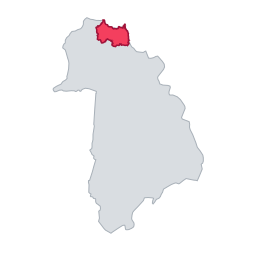 Kenedougou, Kénédougou, Burkina Faso shown in context, rotated 95°
{"feature_id": "67063806B9375485614542", "entity_name": "Kenedougou", "entity_type": "district", "adm_level": 2, "iso_a3": "BFA", "parent_name": "Burkina Faso", "parent_adm1": "Kénédougou", "projection": "albers", "projection_center": [-4.927, 11.414], "detail": "fine", "context": "in_parent", "style": "filled", "palette": "rose", "viewbox_px": 256, "rotation_deg": 95, "n_neighbors": 0, "source": "geoboundaries", "source_scale": "gbopen_adm2", "svg_char_len": 7177}
<svg xmlns="http://www.w3.org/2000/svg" viewBox="0 0 256 256"><g transform="rotate(95 128 128)"><path d="M194.8,161.5L187.9,161.9L185.4,162.7L183.8,162.7L183.8,162.1L183.6,161.7L174.8,159.7L168.6,158.6L162.4,157.3L162.1,158.6L161.2,159.5L159.9,159.6L158.9,159.4L158.3,160.4L157.3,161.7L155.9,162.4L154.5,163.3L153.7,164.0L153.1,164.0L151.7,162.3L149.8,162.2L146.2,162.5L144.6,162.1L142.5,161.9L137.3,162.3L129.1,161.7L127.8,162.1L127.5,162.4L119.4,162.6L110.4,162.8L103.0,162.9L96.4,163.0L96.4,162.7L94.3,162.7L94.1,163.3L92.3,170.1L92.1,173.9L93.1,176.2L94.2,177.6L95.5,178.2L95.6,179.1L94.6,180.1L94.7,181.2L95.9,182.4L96.2,183.5L95.6,184.8L95.8,187.8L96.7,192.5L96.7,195.6L95.9,197.0L96.3,199.5L98.0,202.8L98.3,204.3L97.7,205.0L96.4,205.9L95.0,205.8L93.4,203.8L92.7,202.9L91.4,200.8L90.3,198.7L88.8,197.8L87.4,196.9L85.6,194.3L83.9,193.0L82.1,193.4L79.5,192.9L74.2,192.3L68.6,192.5L66.2,193.1L63.9,194.1L58.0,196.3L55.7,197.3L53.9,200.0L51.9,199.9L49.9,199.1L48.7,197.9L46.0,198.1L43.4,197.0L40.9,194.6L39.0,193.9L36.7,192.2L36.0,189.0L34.5,186.8L33.2,183.7L31.1,182.3L28.8,181.5L25.5,181.7L23.4,180.4L21.7,178.6L22.2,177.0L23.0,174.8L23.0,172.6L23.6,169.1L23.3,164.7L22.7,161.7L24.5,160.4L26.5,159.3L27.8,157.2L29.1,152.5L29.7,148.5L29.3,147.0L28.6,145.8L28.1,144.1L27.8,142.0L28.1,140.1L29.7,138.4L31.7,137.0L33.0,136.3L36.7,135.6L41.3,134.5L44.0,133.3L45.9,132.1L47.0,131.2L48.1,129.2L49.8,127.7L51.2,126.1L51.4,121.9L51.4,119.4L50.4,118.1L49.8,117.0L56.6,113.6L56.6,111.3L55.7,108.6L54.3,106.5L53.8,104.7L55.7,102.6L57.4,100.9L58.6,99.6L61.2,97.5L64.0,96.9L66.5,97.7L74.0,102.6L75.2,102.9L76.8,102.5L78.7,101.2L81.3,100.2L82.2,96.9L82.1,92.0L82.6,89.8L84.0,89.4L88.2,90.3L89.3,90.3L90.6,90.0L91.5,89.2L91.4,87.6L91.2,86.2L92.6,81.7L95.1,78.3L100.2,74.1L101.7,73.2L103.6,72.8L112.8,75.6L114.3,74.8L116.4,67.6L118.9,66.9L121.9,66.8L123.8,66.1L124.8,65.6L129.1,62.9L136.8,59.1L140.9,57.4L141.7,56.8L144.6,54.1L148.5,51.1L151.0,50.4L154.4,50.1L156.6,50.6L157.2,51.5L157.9,51.9L162.4,50.5L168.9,52.5L174.5,54.4L174.2,55.7L174.2,57.9L173.8,61.5L173.3,65.7L175.6,68.5L178.4,71.4L179.2,72.5L178.5,75.5L179.1,77.2L180.6,80.0L183.1,83.6L185.8,87.3L187.6,87.7L189.2,88.0L190.3,88.7L191.8,89.3L193.3,89.7L194.6,90.5L195.4,91.2L196.6,93.5L199.5,95.0L201.5,96.4L200.7,97.2L198.2,97.0L195.8,96.4L195.5,97.5L195.5,101.7L196.0,105.2L196.5,105.7L198.9,106.3L204.7,110.7L209.9,114.9L211.7,116.0L214.5,116.4L217.7,116.5L219.1,116.1L222.1,113.8L223.7,113.5L225.3,113.6L226.1,113.9L227.6,115.6L229.1,118.3L229.5,120.3L229.4,121.3L228.9,121.7L226.4,122.3L225.3,122.7L225.1,123.3L225.5,124.7L226.0,125.5L228.9,129.3L233.0,134.4L234.3,135.8L233.6,137.3L231.7,141.5L230.2,143.2L223.6,149.2L220.3,148.6L213.4,149.9L212.3,148.6L210.7,148.4L208.7,148.7L208.0,149.2L207.8,149.8L207.1,150.6L205.8,152.9L204.9,153.5L203.6,153.9L202.1,153.9L201.3,154.2L201.3,155.4L201.0,156.4L200.0,156.9L199.6,158.0L199.7,159.1L199.1,159.6L197.8,159.3L197.0,159.1L196.3,160.5L195.4,161.5L194.8,161.5Z" fill="#d9dde1" stroke="#a8b0b8" stroke-width="1"/><path d="M43.5,134.4L43.5,134.6L43.3,135.2L43.1,135.5L42.7,135.4L42.2,135.2L41.6,135.2L41.1,135.1L40.5,135.2L40.4,135.2L40.2,135.0L40.2,134.9L40.0,135.1L39.7,135.0L39.4,135.2L39.1,135.4L38.9,135.4L38.6,135.3L38.4,135.3L38.0,135.4L37.1,135.4L37.0,135.5L36.7,135.6L36.4,135.6L36.2,135.8L35.7,135.8L35.3,135.9L34.9,135.9L34.5,135.9L34.2,136.0L33.9,136.0L33.8,135.9L33.7,136.0L33.4,136.2L32.9,136.4L32.5,136.5L32.1,136.8L31.9,136.8L31.7,136.8L31.6,137.2L31.5,137.3L31.3,137.2L31.1,137.3L31.0,137.6L30.9,137.9L30.8,138.0L30.7,138.0L30.2,138.3L30.1,138.5L29.9,138.7L29.5,139.0L29.3,139.0L29.2,139.2L29.0,139.4L29.1,139.5L28.8,139.7L28.7,139.9L28.4,139.8L28.3,139.7L28.3,139.4L28.2,139.4L27.7,139.6L27.6,139.8L27.2,139.8L27.1,139.7L26.9,139.9L26.4,140.2L26.2,140.2L25.9,139.9L25.7,139.9L25.6,139.7L25.4,139.8L25.2,139.9L24.9,140.0L24.9,140.3L25.1,140.4L25.2,140.5L25.3,140.5L25.4,140.4L25.5,140.4L25.6,140.5L25.8,140.6L25.9,140.8L26.1,140.8L26.3,141.0L26.3,140.9L26.4,140.7L26.5,140.8L26.8,140.9L27.2,141.1L27.4,141.1L27.5,141.3L27.8,141.3L28.0,141.6L27.9,141.7L28.2,142.0L28.3,142.0L28.5,141.9L28.8,141.9L28.7,142.1L28.8,142.4L28.8,142.5L28.6,142.8L28.6,143.0L28.5,143.4L28.6,143.9L28.6,144.0L28.5,144.4L28.1,145.0L27.8,145.7L27.8,145.9L28.0,146.1L28.2,146.3L28.4,146.3L29.2,146.2L29.4,146.3L29.6,146.5L29.9,146.8L29.9,147.2L30.0,147.5L30.1,147.8L30.4,148.2L30.4,148.3L30.1,148.8L30.2,149.6L30.1,150.0L30.2,150.4L30.4,150.6L30.4,150.9L30.5,151.0L30.3,151.4L30.2,151.7L30.1,152.0L29.6,152.3L29.3,152.5L28.9,152.7L28.7,153.0L28.7,153.3L28.7,153.7L28.8,155.3L28.8,155.6L28.7,156.0L28.6,156.4L28.2,156.8L27.4,157.2L27.0,157.4L26.9,157.9L26.9,158.1L26.8,158.6L26.7,159.1L26.5,159.3L26.1,159.6L25.3,160.2L24.9,160.3L23.5,160.6L23.3,160.6L23.2,160.7L22.7,160.9L22.5,161.1L22.6,162.2L22.6,162.3L23.9,162.2L24.2,162.2L24.7,162.3L24.8,162.4L25.4,162.8L25.2,162.8L25.3,163.0L25.9,163.6L26.5,163.9L26.9,164.1L27.3,164.3L27.7,164.5L28.5,165.0L28.7,165.3L28.7,165.5L28.8,165.8L28.8,166.2L28.9,166.9L29.1,166.8L29.4,166.6L29.6,166.6L29.8,166.6L30.0,166.8L30.0,167.4L30.0,167.6L30.2,167.9L30.2,168.1L30.5,168.4L30.6,168.6L30.8,168.6L31.5,168.3L31.8,168.2L32.0,168.1L32.3,167.9L32.6,167.8L32.9,167.7L33.2,167.6L33.5,167.6L33.8,167.6L34.1,167.7L34.3,167.7L34.5,167.6L34.8,167.5L35.0,167.4L35.5,167.3L35.9,167.4L36.0,167.3L36.0,167.2L36.1,166.9L36.3,166.6L36.5,166.2L36.8,165.9L37.1,165.8L37.4,165.9L37.7,166.1L37.8,166.2L37.9,166.3L37.9,166.2L38.0,166.2L38.5,166.2L39.0,166.2L39.3,166.1L39.3,166.3L39.5,166.3L39.8,166.2L40.5,166.1L40.8,166.2L41.0,166.2L41.8,166.2L42.1,166.3L42.3,166.2L42.3,165.7L42.5,165.6L42.9,165.2L43.0,165.1L43.0,164.8L42.9,164.6L42.7,164.0L42.6,163.8L42.6,163.2L42.9,163.0L43.2,162.9L43.3,162.8L43.4,162.7L43.8,162.7L44.0,162.6L44.2,162.4L44.5,162.2L44.9,162.1L45.0,162.1L45.5,161.8L45.4,161.5L45.4,161.4L45.5,160.9L45.2,160.4L45.1,159.8L45.0,159.7L44.7,159.3L44.4,159.1L44.0,158.8L44.0,158.7L44.0,158.4L44.0,158.2L43.9,158.2L43.6,158.0L43.6,157.9L43.2,157.9L42.9,157.9L42.8,157.7L42.7,157.7L42.5,157.4L42.4,157.4L42.3,157.2L42.1,157.3L41.8,157.3L41.8,157.2L41.6,157.0L41.6,156.9L41.6,156.7L41.3,156.5L41.2,156.4L41.2,156.0L41.1,155.9L41.3,155.7L41.6,155.3L42.1,154.2L42.1,153.5L42.1,153.1L42.2,152.9L42.3,152.8L42.3,152.7L42.5,152.5L42.6,152.4L42.8,152.2L42.7,152.1L42.8,152.1L43.0,151.9L43.0,151.7L43.1,151.8L43.1,151.7L43.2,151.4L43.3,151.4L43.5,151.4L43.8,151.3L43.9,151.1L44.1,151.1L44.2,150.9L44.4,150.8L44.8,150.7L45.0,150.4L45.3,150.5L45.5,150.6L45.6,150.8L45.7,151.0L45.8,151.2L45.8,151.3L46.0,151.3L46.5,151.2L47.0,151.0L47.0,150.7L47.1,150.4L47.3,150.2L47.6,150.1L47.8,149.7L47.9,149.4L47.9,149.2L47.8,148.8L47.9,148.5L48.0,147.8L48.0,147.5L47.9,147.4L47.1,146.9L46.9,146.7L46.6,146.5L46.5,146.2L46.5,145.1L46.5,144.9L46.6,144.3L46.6,144.2L46.2,143.8L45.9,143.8L45.7,143.7L45.4,143.7L45.0,143.5L44.9,143.5L44.9,143.4L44.9,143.2L44.9,142.5L44.9,142.3L44.9,142.2L45.0,142.2L45.3,142.3L45.6,142.3L45.8,142.0L46.1,141.8L45.8,140.8L45.7,140.1L45.7,139.8L45.8,139.4L45.9,138.7L46.0,138.3L46.0,138.1L45.6,136.5L45.4,135.8L45.4,135.4L45.5,135.4L45.3,135.2L44.5,134.8L44.1,134.5L43.8,134.4L43.5,134.4Z" fill="#f43f5e" stroke="#9f1239" stroke-width="1.5"/></g></svg>